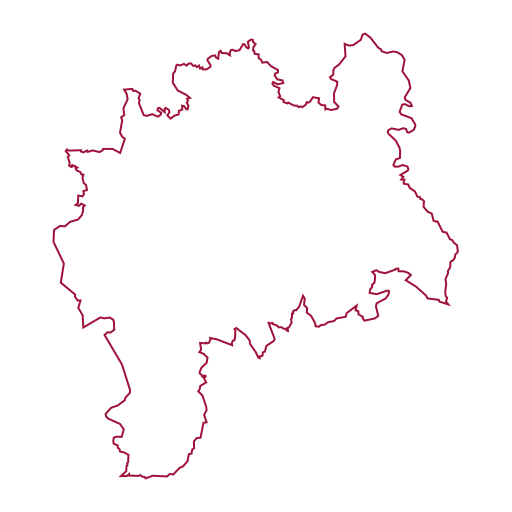 Jalostotitlán, Jalisco, Mexico (Albers equal-area conic projection), rotated 88°
{"feature_id": "50627088B48437195320512", "entity_name": "Jalostotitlán", "entity_type": "district", "adm_level": 2, "iso_a3": "MEX", "parent_name": "Mexico", "parent_adm1": "Jalisco", "projection": "albers", "projection_center": [-102.485, 21.201], "detail": "fine", "context": "isolated", "style": "outline", "palette": "rose", "viewbox_px": 512, "rotation_deg": 88, "n_neighbors": 0, "source": "geoboundaries", "source_scale": "gbopen_adm2", "svg_char_len": 6002}
<svg xmlns="http://www.w3.org/2000/svg" viewBox="0 0 512 512"><g transform="rotate(88 256 256)"><path d="M471.2,398.6L471.4,392.8L469.7,390.6L471.0,390.7L471.7,381.1L470.9,379.3L472.7,377.1L472.9,375.1L474.4,374.0L472.0,367.0L473.2,352.6L470.8,349.7L471.5,346.3L465.1,339.8L463.6,336.2L458.9,331.7L451.7,330.0L451.2,327.3L447.3,326.5L446.1,324.6L439.0,324.5L435.9,321.6L435.7,317.8L420.8,314.3L420.5,311.2L413.0,313.4L408.4,310.8L405.0,311.0L393.5,314.4L389.2,318.5L387.4,317.0L383.9,316.2L380.5,310.2L375.8,312.6L375.1,310.7L374.2,310.5L373.6,311.8L374.4,314.1L372.7,314.6L371.4,316.4L369.9,316.3L365.7,314.4L360.9,309.0L355.9,308.0L351.9,311.8L350.0,316.0L347.8,314.1L340.9,314.9L341.6,309.5L340.8,308.8L341.6,307.6L340.9,305.9L337.7,304.3L336.4,304.7L337.9,298.0L344.3,283.0L342.4,283.3L339.8,282.0L339.3,280.4L336.8,279.8L330.0,279.2L328.3,280.0L327.3,278.2L334.6,269.3L340.1,265.3L343.5,265.1L352.1,259.6L357.5,257.3L358.2,255.9L356.5,255.8L355.9,253.0L352.5,252.5L351.9,250.5L346.1,248.7L341.7,241.4L339.6,240.2L322.3,246.1L324.0,244.9L323.5,241.7L324.6,241.6L326.4,237.1L328.1,235.8L328.0,233.0L329.5,231.3L329.9,228.1L331.4,228.2L332.0,226.7L328.7,226.9L328.4,225.5L323.7,222.7L320.4,223.2L318.9,222.2L314.8,222.0L314.8,220.9L312.4,220.8L311.4,219.0L311.7,217.8L307.9,214.5L297.4,210.4L300.3,208.8L306.7,209.7L309.8,206.7L314.3,207.2L317.8,203.0L324.8,199.4L328.4,198.8L328.8,195.5L327.4,193.7L326.9,189.6L324.7,186.3L323.7,180.2L321.2,177.7L319.9,168.5L316.2,167.3L309.1,157.2L313.7,158.4L314.7,155.7L317.7,155.7L320.7,151.3L321.8,151.6L324.4,149.9L322.5,139.3L320.0,135.9L310.6,137.9L307.5,137.1L303.0,128.0L299.4,125.1L296.1,124.2L295.3,124.6L295.3,126.7L298.4,136.5L296.9,143.7L293.4,143.2L291.4,141.1L288.8,141.0L286.7,138.5L281.5,137.7L278.6,138.0L276.0,140.4L274.4,136.2L276.2,133.5L277.7,127.4L274.4,117.1L273.7,116.9L273.5,114.2L276.2,114.0L276.5,108.9L278.1,104.5L280.4,101.9L285.4,107.2L292.3,97.0L301.3,87.6L304.4,86.0L306.2,74.8L308.0,74.3L311.1,65.5L308.2,67.7L304.6,66.5L302.3,67.9L298.2,68.1L291.0,66.9L285.7,67.4L279.9,64.7L277.5,64.7L274.1,62.3L268.7,61.9L267.1,59.2L264.6,57.3L261.6,56.8L258.8,54.1L252.3,54.7L249.3,58.1L247.1,59.1L246.0,61.6L239.3,64.7L238.2,68.7L227.7,73.4L227.9,75.2L226.8,77.4L219.9,78.8L217.6,83.0L212.7,86.8L207.1,86.2L205.1,88.0L204.8,89.7L203.1,90.0L202.2,92.7L197.2,94.8L193.1,100.1L189.9,101.3L188.9,105.6L187.3,106.0L184.9,105.0L184.6,108.1L182.0,106.0L180.1,108.9L176.0,101.4L174.4,100.7L171.9,101.5L170.2,106.1L171.7,111.0L171.5,114.3L169.9,115.5L164.5,113.0L163.0,108.7L156.1,108.3L152.8,108.8L145.4,112.4L138.6,119.2L136.7,120.0L135.0,119.4L133.2,116.1L134.9,109.2L133.4,104.1L134.4,101.6L137.6,100.5L138.0,98.8L135.6,94.1L132.1,92.3L130.0,92.3L123.7,95.8L119.5,105.9L116.9,107.4L109.9,104.6L109.4,102.2L111.8,97.3L111.6,95.0L108.2,96.3L105.3,101.0L102.7,101.9L93.5,95.8L85.7,97.3L76.5,103.3L65.2,100.6L60.3,103.2L57.1,108.2L56.4,112.1L57.7,118.2L55.7,123.3L53.7,124.0L52.3,126.4L41.8,134.0L37.6,139.1L38.5,141.8L43.6,143.7L48.5,151.3L49.0,155.6L47.1,160.0L59.6,159.6L67.7,166.5L70.8,171.1L72.9,172.2L77.5,172.4L79.9,175.9L81.8,174.8L84.6,168.7L88.1,169.0L96.2,172.4L104.8,172.5L109.5,168.3L111.7,169.9L112.7,175.8L111.4,179.9L111.9,181.6L107.9,181.6L107.4,185.5L104.8,188.2L100.6,187.5L99.3,193.6L103.5,196.5L104.6,198.7L104.0,199.9L106.6,201.1L108.9,204.5L108.1,206.0L108.7,208.3L107.3,209.5L106.9,213.0L103.8,218.4L104.6,219.2L103.1,223.1L101.1,222.9L98.3,227.8L97.1,226.3L92.9,227.8L89.1,226.7L86.4,232.3L84.2,233.6L82.7,232.7L85.2,228.4L84.1,222.7L81.4,223.4L80.3,228.4L76.3,231.0L74.3,230.5L73.3,227.7L70.9,227.6L66.8,234.4L62.5,238.2L63.0,242.9L60.0,244.1L58.3,246.5L54.6,246.3L53.9,250.2L50.9,250.8L50.6,251.7L47.4,251.4L44.3,249.0L42.0,251.4L40.0,251.6L39.5,253.4L41.6,256.6L47.5,255.8L48.3,256.5L47.2,258.3L43.9,260.3L43.8,261.5L49.7,265.3L50.5,269.4L49.1,272.1L49.4,273.9L52.0,275.3L54.5,275.0L52.3,278.3L52.0,283.1L49.7,284.2L51.0,285.9L57.5,286.9L56.4,289.0L54.2,289.8L54.4,293.1L57.2,297.3L58.6,297.8L63.5,294.8L65.5,295.0L67.8,299.1L67.7,302.6L65.6,303.0L66.8,305.3L63.7,306.3L65.2,308.5L63.4,310.0L63.9,312.0L61.3,314.2L61.3,316.5L63.3,318.8L61.5,321.3L62.9,324.9L62.0,328.0L62.9,329.0L68.6,330.5L70.7,332.4L79.8,333.1L87.8,328.5L92.4,320.3L95.7,316.5L96.4,319.4L98.8,318.6L100.5,319.8L103.6,318.3L107.1,319.3L106.8,320.6L103.8,322.5L103.2,324.6L107.1,324.6L108.2,328.0L111.8,328.4L112.8,332.3L115.7,336.7L112.3,339.7L109.3,337.5L106.8,338.1L104.9,341.2L105.4,342.1L109.1,342.2L104.6,347.2L105.0,348.9L107.0,349.4L109.5,345.8L111.2,346.1L113.3,349.1L110.6,354.8L112.2,360.3L111.3,363.3L99.0,367.7L96.1,366.8L94.3,367.9L89.8,366.0L86.7,370.5L86.7,372.9L84.7,373.8L85.1,382.0L89.2,379.7L94.8,378.8L103.9,383.4L110.5,382.7L112.7,385.9L115.8,385.0L128.0,387.6L132.2,385.5L134.3,383.0L148.3,388.2L144.1,395.4L143.8,399.5L143.7,405.1L144.9,405.4L146.7,408.7L144.8,415.5L146.1,420.6L144.7,421.2L146.4,424.9L145.5,427.2L144.2,427.2L144.1,439.9L142.9,441.1L144.5,442.5L148.9,439.1L150.5,440.6L156.4,439.0L159.2,439.6L160.7,437.2L160.3,436.7L159.3,437.5L158.8,436.3L160.1,433.2L161.4,431.6L161.8,433.3L164.2,432.3L166.0,428.6L168.4,427.6L168.6,425.7L171.8,426.7L177.1,425.6L179.1,423.4L184.1,422.6L185.2,426.3L188.2,425.8L190.3,427.2L189.4,431.5L197.2,432.2L198.7,434.4L199.7,431.1L197.6,428.9L199.6,425.4L201.4,427.2L205.0,427.2L209.2,428.7L213.4,432.7L215.4,440.7L219.7,445.9L219.1,450.8L222.9,456.9L234.8,457.9L256.8,448.3L275.8,452.0L288.2,438.1L290.2,438.4L294.2,435.9L294.3,432.9L301.6,435.4L309.2,431.3L321.4,431.1L312.0,413.6L313.0,409.9L312.4,404.4L314.4,401.2L316.5,400.3L324.7,400.2L327.4,404.0L327.0,407.0L329.6,410.1L359.8,393.7L385.7,386.5L388.4,386.9L393.1,391.5L395.5,392.2L400.5,399.3L402.7,406.2L408.6,411.8L410.9,411.5L413.3,409.5L419.1,397.8L424.6,394.2L432.1,396.6L431.7,402.0L432.6,404.5L436.2,405.1L438.7,404.7L440.4,400.9L442.9,400.8L443.9,399.3L446.7,398.7L447.6,394.9L450.3,390.4L457.8,391.0L458.5,392.0L460.7,391.8L461.4,392.8L466.6,393.2L471.2,398.6Z" fill="none" stroke="#9f1239" stroke-width="2"/></g></svg>